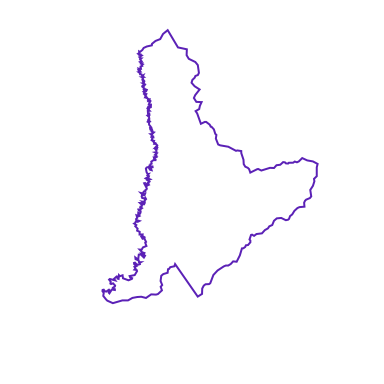 the district of Mariscal Ramon Castilla, Loreto, Peru, rotated 116°
{"feature_id": "86281439B43857057528938", "entity_name": "Mariscal Ramon Castilla", "entity_type": "district", "adm_level": 2, "iso_a3": "PER", "parent_name": "Peru", "parent_adm1": "Loreto", "projection": "robinson", "projection_center": [-71.702, -3.973], "detail": "fine", "context": "isolated", "style": "outline", "palette": "violet", "viewbox_px": 384, "rotation_deg": 116, "n_neighbors": 0, "source": "geoboundaries", "source_scale": "gbopen_adm2", "svg_char_len": 6099}
<svg xmlns="http://www.w3.org/2000/svg" viewBox="0 0 384 384"><g transform="rotate(116 192 192)"><path d="M283.5,141.0L279.2,138.3L274.3,140.5L271.0,140.4L269.0,139.4L267.3,136.3L266.0,135.6L257.2,136.4L251.3,134.6L244.9,130.8L243.2,129.3L242.2,127.2L239.7,125.6L236.3,124.6L235.1,121.3L228.0,121.2L220.8,122.4L220.1,121.2L218.1,120.1L216.3,120.2L215.1,118.4L211.6,117.5L210.0,118.3L209.5,119.5L204.7,120.1L204.0,119.3L204.2,117.0L201.5,115.6L198.5,111.0L194.3,109.8L191.4,107.8L189.0,107.5L186.5,105.4L181.9,105.7L178.5,104.2L176.2,100.4L176.2,95.3L174.8,93.5L173.6,93.0L170.7,93.3L168.2,92.1L164.1,91.7L160.2,90.2L158.5,88.8L155.9,84.5L152.5,86.5L150.5,86.6L148.9,86.1L145.8,83.4L143.7,82.9L138.3,86.6L133.4,86.0L128.7,86.7L126.7,88.1L123.1,86.8L115.1,90.7L111.7,91.4L111.5,96.7L113.1,102.3L113.2,107.8L117.7,109.4L119.3,110.7L119.6,113.0L121.3,113.9L123.3,117.8L124.3,118.1L125.1,120.1L124.6,121.5L125.2,123.2L128.8,124.6L130.9,127.8L134.5,128.8L136.1,132.5L142.3,139.1L142.3,142.6L142.9,143.4L149.0,148.1L146.4,150.7L145.8,152.5L145.9,155.2L144.3,157.7L140.4,159.9L135.5,164.7L133.6,165.7L134.8,169.5L135.7,170.5L135.4,179.2L137.7,187.1L137.8,189.3L133.5,194.0L130.0,195.1L129.5,196.6L126.1,199.8L124.8,203.1L125.1,203.8L123.7,205.6L122.8,210.0L123.4,211.2L126.8,213.9L119.1,221.8L117.7,224.2L114.3,221.9L111.0,222.7L107.0,222.8L109.1,227.6L106.7,231.5L103.5,231.6L96.5,230.1L95.8,236.0L94.0,240.3L91.1,240.8L88.1,239.7L86.2,239.8L84.3,238.0L81.9,238.0L75.4,242.4L73.7,246.0L73.7,253.3L71.4,256.8L66.0,259.2L68.2,268.0L57.2,284.8L62.6,287.3L68.5,287.6L72.2,291.0L76.3,292.9L77.8,292.4L81.0,296.4L83.7,298.6L86.2,298.9L89.0,300.2L88.9,301.1L90.2,300.4L91.1,300.9L91.0,299.8L91.6,300.5L91.9,300.0L91.5,297.1L92.9,297.9L93.8,297.3L94.1,298.0L94.7,297.0L94.3,296.2L95.6,296.7L96.6,294.6L97.9,295.7L98.1,294.5L98.7,294.4L98.1,293.2L99.0,293.2L98.9,292.3L99.9,292.8L100.5,292.0L101.8,293.2L103.6,291.9L104.0,293.0L104.7,292.6L104.7,293.4L105.9,291.7L106.0,293.4L107.1,292.2L107.0,291.1L107.7,292.3L108.0,290.8L108.9,290.3L108.4,289.0L109.5,287.6L108.6,287.0L109.6,287.0L109.8,285.9L110.7,287.3L110.7,285.9L112.0,286.0L113.3,283.4L114.6,283.2L114.4,284.2L115.4,283.2L115.8,283.8L115.9,281.3L117.2,281.5L117.0,282.4L117.9,282.9L118.6,281.3L118.6,282.9L119.1,282.9L119.7,280.5L121.0,280.5L121.6,279.7L120.6,278.5L120.1,278.7L120.0,277.4L121.3,277.4L121.3,278.3L122.3,278.0L123.2,279.2L123.5,278.3L124.6,278.2L124.0,276.0L124.8,276.0L125.3,277.1L125.9,275.8L127.3,275.7L126.6,274.7L127.4,274.3L127.1,273.5L127.8,272.4L126.7,272.1L128.1,271.9L127.5,271.1L129.2,271.1L128.1,269.7L128.4,269.2L130.3,269.5L130.9,268.3L130.8,269.3L131.9,269.1L132.0,270.1L132.4,267.8L131.7,267.1L133.1,266.5L132.9,267.6L133.5,268.0L133.9,266.6L135.4,267.4L135.7,266.2L135.9,267.9L135.4,268.7L136.5,268.7L136.9,267.6L137.7,268.2L137.2,267.1L137.6,265.7L138.6,267.2L141.0,265.8L141.2,265.1L140.4,264.7L141.4,264.0L142.8,265.5L143.2,264.3L142.7,263.9L144.5,262.8L145.5,262.9L145.3,262.3L146.6,261.8L147.1,260.7L148.2,261.7L147.7,262.7L148.3,262.7L148.4,261.1L150.3,260.1L151.3,257.9L152.2,257.9L152.0,256.7L152.8,256.2L153.3,257.4L153.7,257.1L153.0,255.8L153.8,254.9L154.8,255.4L154.8,254.4L155.5,254.3L155.1,252.4L157.3,253.2L158.1,254.5L158.4,253.0L160.1,252.7L159.1,251.2L159.9,250.6L160.5,251.4L163.0,251.0L162.7,250.2L163.3,249.8L162.7,248.5L164.0,248.3L164.6,247.5L164.3,246.8L165.2,246.9L164.6,245.4L165.3,243.7L168.1,244.5L166.3,242.4L168.0,243.1L168.5,242.4L169.7,243.5L170.4,242.1L171.8,241.4L172.5,242.4L172.4,240.6L174.5,241.4L174.2,240.4L175.5,239.5L175.6,240.6L176.4,240.7L176.2,239.4L177.4,240.0L177.7,241.4L179.2,240.2L179.0,238.0L180.2,240.6L182.6,241.9L184.2,240.7L185.5,241.6L186.7,241.1L187.0,239.9L186.4,238.7L187.0,238.3L187.6,239.2L187.5,241.3L189.4,240.0L189.2,238.8L190.1,237.9L190.4,239.4L188.7,242.2L189.9,243.5L191.2,243.7L194.1,241.5L195.4,239.7L194.8,238.9L196.6,239.3L196.6,237.6L198.2,237.4L198.3,238.4L200.1,239.6L200.2,238.6L199.1,237.1L199.0,235.2L201.0,237.0L201.4,234.8L202.8,235.4L203.6,234.7L203.6,235.9L204.7,236.3L204.8,234.3L205.9,235.2L206.8,235.0L205.3,236.1L205.7,237.9L204.7,238.3L205.1,238.8L208.6,234.2L209.6,234.0L211.0,234.8L212.2,234.1L212.7,235.5L214.9,235.7L215.3,237.5L215.9,235.8L214.4,233.4L215.6,233.3L217.0,235.5L218.1,235.3L219.2,234.1L218.7,232.6L219.2,231.2L217.7,231.4L218.5,230.2L220.5,230.8L221.7,230.1L222.4,232.3L223.0,229.7L224.1,229.7L224.4,230.5L223.7,231.7L224.7,233.9L225.7,231.1L227.7,230.9L227.8,231.9L228.3,231.9L228.5,229.9L230.0,230.7L231.2,232.5L231.9,231.7L231.8,229.7L233.2,229.2L234.3,229.3L234.2,231.2L236.0,230.4L236.5,228.7L237.1,229.2L237.3,231.6L239.2,229.9L240.9,230.4L241.6,229.5L241.1,226.6L242.6,227.7L243.2,229.6L244.9,229.5L245.7,230.1L246.1,227.6L247.6,228.0L248.8,224.8L250.8,224.4L250.7,221.6L253.2,220.5L251.8,217.8L252.9,217.5L254.2,218.2L255.7,215.9L254.9,214.9L253.4,216.0L253.5,214.7L254.9,214.2L257.0,211.4L258.1,211.8L260.5,209.3L263.3,211.8L266.0,212.0L266.7,213.8L268.0,210.4L267.7,208.0L268.5,208.0L269.3,209.8L269.8,206.3L272.0,206.5L270.6,210.7L271.6,212.4L276.4,210.7L275.7,214.2L277.1,213.3L276.9,209.9L278.3,208.9L277.5,207.2L278.7,208.0L279.7,207.2L281.0,208.6L281.3,210.2L280.5,212.3L281.2,213.0L282.2,212.3L282.9,209.5L284.5,210.9L285.4,209.3L287.0,209.7L286.4,207.5L287.2,206.7L291.8,207.1L294.9,211.2L295.8,210.2L295.7,208.0L296.4,207.9L299.2,210.4L299.8,216.2L297.3,217.9L299.3,219.9L298.8,221.2L302.3,219.9L302.5,221.0L300.7,221.9L300.9,222.7L304.2,224.0L305.1,222.3L306.2,227.7L307.1,228.1L308.3,225.7L310.1,225.2L310.2,224.4L308.7,222.9L309.8,220.1L310.8,219.9L312.7,221.1L313.4,220.3L313.2,218.7L313.9,218.4L314.8,221.3L319.3,221.8L318.9,222.8L316.6,222.8L316.2,223.8L319.1,225.4L319.4,226.8L318.5,228.5L319.2,229.4L320.3,229.1L321.4,227.1L324.3,226.2L326.2,222.2L326.8,220.5L326.6,214.4L319.9,207.0L317.5,202.0L313.3,199.1L310.4,195.2L308.4,191.7L307.4,186.9L301.9,183.8L300.0,179.4L298.7,177.9L293.6,175.9L290.9,178.6L288.7,178.0L285.8,181.2L280.8,182.9L278.3,181.8L275.3,178.5L271.9,179.7L271.2,178.9L269.1,178.6L266.5,175.3L264.2,175.6L283.5,141.0Z" fill="none" stroke="#5b21b6" stroke-width="2"/></g></svg>